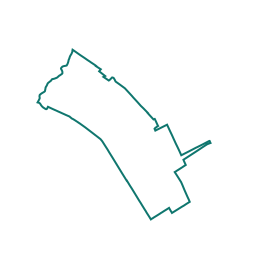 Saveni, Ialomita, Romania, rotated 325°
{"feature_id": "2599482B28938319747198", "entity_name": "Saveni", "entity_type": "district", "adm_level": 2, "iso_a3": "ROU", "parent_name": "Romania", "parent_adm1": "Ialomita", "projection": "natural_earth1", "projection_center": [27.639, 44.552], "detail": "fine", "context": "isolated", "style": "outline", "palette": "teal", "viewbox_px": 256, "rotation_deg": 325, "n_neighbors": 0, "source": "geoboundaries", "source_scale": "gbopen_adm2", "svg_char_len": 3354}
<svg xmlns="http://www.w3.org/2000/svg" viewBox="0 0 256 256"><g transform="rotate(325 128 128)"><path d="M94.3,216.0L94.5,216.0L94.9,216.0L95.2,216.0L95.4,216.0L95.9,216.0L96.1,216.0L96.4,216.1L96.7,216.1L97.8,216.1L101.0,216.3L103.1,216.4L105.0,216.5L106.3,216.5L107.3,216.6L110.1,216.7L113.6,216.9L115.7,217.0L115.8,217.0L115.6,219.1L115.5,219.6L115.4,221.7L115.3,222.8L117.2,222.9L118.9,223.0L119.2,223.0L120.9,223.1L122.4,223.2L123.1,223.2L124.6,223.3L126.9,223.4L129.0,223.6L132.6,223.7L136.2,223.9L136.8,221.1L137.3,218.2L138.6,211.6L139.8,206.2L140.5,202.7L140.5,202.3L140.8,196.6L141.0,190.9L147.6,191.2L154.1,191.4L154.6,188.6L155.2,185.8L163.8,186.1L172.5,186.4L177.9,186.5L183.3,186.7L185.2,187.1L187.0,187.6L187.2,186.5L187.4,185.5L187.2,185.4L186.9,185.4L186.9,185.2L183.9,184.8L180.0,184.3L173.2,183.3L172.9,183.2L164.5,182.1L156.0,180.9L156.8,176.8L157.5,172.8L158.2,168.3L158.4,167.2L158.7,165.6L159.0,164.0L159.0,163.9L159.9,159.2L160.7,154.4L161.9,147.7L148.9,145.8L149.3,144.0L149.3,143.9L150.7,143.5L150.9,143.6L152.2,143.6L152.5,143.5L153.8,143.6L153.8,143.3L155.1,136.1L155.1,135.9L154.3,135.7L153.8,135.6L152.9,128.8L152.7,127.0L152.9,127.0L151.9,120.7L151.2,117.2L150.6,112.0L150.2,109.0L149.8,106.0L149.6,103.9L148.9,98.7L148.4,95.0L148.2,93.6L146.0,87.1L144.5,82.9L144.5,82.7L144.6,82.3L144.6,81.8L144.8,81.1L144.9,79.4L144.9,78.6L144.6,78.2L144.0,77.5L141.7,77.9L140.5,78.1L139.5,78.1L137.2,72.1L139.1,72.3L138.0,68.7L136.9,65.0L139.4,64.3L138.3,61.6L137.7,60.1L137.2,58.9L137.5,58.8L136.9,57.1L136.4,55.8L135.9,54.5L135.4,53.3L135.0,52.1L134.4,50.6L133.8,49.1L133.4,48.0L132.6,45.8L130.7,40.9L128.6,35.1L128.4,34.5L128.0,33.4L127.5,32.1L127.4,32.2L127.0,32.5L126.4,33.4L125.6,34.0L124.1,34.9L122.2,35.7L120.6,36.7L120.1,37.2L119.3,37.7L118.3,38.3L117.5,39.1L116.8,39.7L115.7,40.5L114.9,41.0L114.0,41.4L113.7,41.6L113.2,41.5L112.0,41.0L111.6,40.8L111.2,40.6L110.9,40.5L110.2,40.3L109.6,40.1L107.9,40.4L107.3,40.8L107.1,41.0L107.0,41.7L106.9,42.9L106.7,43.7L106.5,44.3L106.1,44.9L105.7,45.5L105.3,45.7L104.8,45.8L103.2,45.8L102.4,45.8L101.8,45.7L100.8,45.8L99.3,46.0L98.5,46.0L97.6,45.8L97.1,45.6L96.8,45.6L96.4,45.5L95.8,45.3L95.3,45.1L95.2,45.1L94.6,44.8L94.1,44.6L93.6,44.5L93.2,44.6L92.4,45.0L91.7,45.1L90.9,45.1L90.1,45.2L89.1,45.2L88.4,45.3L87.9,45.4L87.4,45.6L86.9,46.0L86.0,46.5L85.4,46.8L85.0,47.0L84.5,47.2L84.2,47.3L83.9,47.5L83.6,47.7L83.2,48.1L82.8,48.6L82.3,49.0L81.9,49.4L81.4,49.9L81.2,50.1L80.9,50.2L80.5,50.3L79.8,50.3L78.6,50.2L77.2,50.1L76.2,50.1L75.4,50.2L74.9,50.2L74.5,50.4L74.2,50.7L73.9,51.0L73.5,51.5L73.2,52.2L72.9,52.7L72.7,53.0L72.1,53.4L71.2,53.9L68.6,55.2L69.0,55.7L69.4,56.1L69.7,56.6L69.9,57.1L70.0,57.9L69.9,58.5L69.9,58.9L69.9,59.7L69.9,60.5L70.0,61.2L70.1,61.6L70.3,62.6L70.4,62.8L70.9,64.0L71.2,64.8L71.5,65.3L71.7,65.6L71.9,65.7L72.2,65.8L72.5,65.8L73.0,65.6L74.4,64.8L74.6,64.7L77.0,68.9L84.2,81.0L84.3,81.2L86.7,85.1L86.7,85.3L87.3,87.5L87.4,88.0L87.6,88.3L88.2,89.4L88.8,90.8L91.3,97.2L93.3,102.9L95.8,110.8L99.1,121.4L99.1,121.5L99.3,124.0L99.3,124.3L99.1,128.7L98.9,133.8L98.8,135.2L98.7,136.3L98.6,138.0L98.4,141.7L98.3,143.6L97.2,161.4L96.7,170.5L96.9,170.5L96.5,176.6L96.4,179.7L96.1,184.5L95.7,190.8L95.5,193.7L95.4,196.7L95.2,199.6L95.1,201.4L94.9,204.8L94.9,205.9L94.8,206.9L94.7,208.0L94.6,210.5L94.5,213.0L94.3,216.0Z" fill="none" stroke="#0f766e" stroke-width="2"/></g></svg>